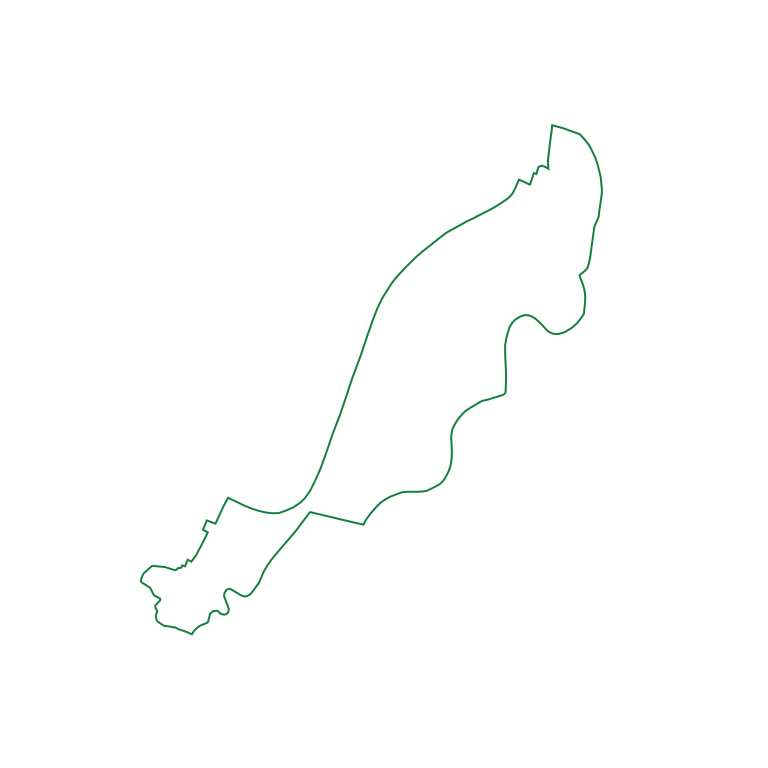 Hong Bang, Hải Phòng, Vietnam, rotated 289°
{"feature_id": "81297802B63499365755438", "entity_name": "Hong Bang", "entity_type": "district", "adm_level": 2, "iso_a3": "VNM", "parent_name": "Vietnam", "parent_adm1": "Hải Phòng", "projection": "mercator", "projection_center": [106.64, 20.876], "detail": "fine", "context": "isolated", "style": "outline", "palette": "green", "viewbox_px": 768, "rotation_deg": 289, "n_neighbors": 0, "source": "geoboundaries", "source_scale": "gbopen_adm2", "svg_char_len": 3254}
<svg xmlns="http://www.w3.org/2000/svg" viewBox="0 0 768 768"><g transform="rotate(289 384 384)"><path d="M515.6,550.1L521.7,548.7L530.0,546.6L531.7,545.9L533.3,545.3L538.0,543.0L542.9,539.6L547.7,535.5L550.5,533.4L554.9,536.2L558.5,538.1L560.5,538.6L564.8,538.5L571.4,537.6L586.7,534.5L588.4,534.2L601.4,531.7L611.9,532.5L618.0,531.2L623.2,530.2L634.3,528.1L636.1,527.6L637.2,527.3L639.5,526.4L649.2,522.0L650.4,521.4L651.4,520.8L661.8,514.0L666.8,510.1L673.6,503.4L676.6,500.1L680.8,493.5L681.6,492.0L683.9,487.9L684.2,469.8L683.4,458.8L677.8,460.1L665.7,462.5L656.0,464.7L649.0,466.2L648.0,466.5L646.8,466.9L641.0,469.3L641.7,466.4L641.9,462.2L641.1,461.4L640.1,460.0L639.4,459.4L632.2,459.6L632.2,457.1L620.0,457.1L621.2,445.0L613.5,444.5L606.2,443.6L603.3,442.4L602.2,442.0L599.2,440.3L593.0,435.7L587.1,430.9L581.2,425.5L577.8,422.2L572.3,416.9L570.4,415.2L565.1,409.7L547.8,394.1L540.7,389.3L521.3,376.9L514.2,372.8L510.1,370.8L503.3,367.4L495.4,363.8L489.1,361.0L481.4,358.4L464.7,354.4L464.4,354.4L453.4,353.1L440.9,352.6L430.4,352.6L428.0,352.5L427.2,352.5L402.5,352.7L378.7,352.1L355.8,352.4L338.9,352.4L320.1,351.7L301.0,351.8L282.9,351.5L269.3,350.3L258.7,348.8L250.6,346.5L246.7,344.6L245.3,343.9L243.5,342.7L237.8,338.3L232.5,332.7L227.7,326.6L225.4,320.3L224.0,313.9L223.3,306.9L223.1,300.1L223.6,290.9L225.7,273.7L216.6,272.1L197.1,270.1L197.3,260.9L187.3,260.3L186.3,265.7L175.1,264.3L160.6,262.0L153.3,259.7L153.9,255.6L146.8,255.2L146.9,252.3L144.2,252.0L142.9,249.2L140.7,248.1L139.9,247.1L139.6,236.7L136.8,224.7L136.2,223.8L126.9,218.5L125.0,218.2L123.2,217.9L119.3,218.0L118.3,218.3L117.6,219.2L115.2,229.0L114.1,230.5L110.2,234.2L109.3,235.6L108.4,241.8L107.8,242.6L106.4,242.7L100.3,239.9L99.1,240.1L97.9,240.9L95.6,243.4L94.3,243.7L91.1,243.5L87.4,245.3L86.2,246.7L85.4,248.4L84.1,253.0L83.8,255.3L85.1,261.2L85.1,263.1L85.8,264.9L85.7,266.7L85.3,269.5L85.3,278.5L84.8,283.8L88.8,284.8L92.5,286.6L95.7,288.8L100.3,294.3L101.9,295.1L110.2,294.4L111.6,295.1L113.6,296.4L115.2,299.9L115.2,301.1L113.7,303.6L113.6,305.5L113.8,307.9L115.0,309.8L116.8,310.9L119.0,310.9L121.2,310.2L131.4,301.8L134.4,301.2L137.4,301.8L139.1,303.0L140.1,304.6L140.1,306.2L137.8,316.8L137.5,319.5L138.0,322.0L139.2,324.0L141.4,325.8L144.4,327.1L155.3,330.5L167.6,331.4L174.6,332.8L182.6,335.2L192.3,338.9L216.5,348.5L238.3,355.5L238.9,356.1L239.0,357.4L241.8,386.1L244.3,410.4L249.2,411.0L257.1,413.4L267.0,417.5L271.0,419.6L275.7,423.2L279.4,426.5L284.7,432.8L287.5,436.3L289.1,439.7L292.8,450.0L294.0,453.3L295.4,456.5L297.1,459.3L300.4,462.8L307.1,469.1L310.7,471.1L314.1,472.2L319.1,473.1L323.7,473.6L329.2,473.4L334.8,472.4L341.0,470.6L356.0,464.7L359.9,463.8L363.6,463.4L368.2,463.9L374.8,465.4L381.6,468.0L385.8,470.4L389.5,473.3L396.3,479.0L398.4,480.9L399.9,482.2L403.2,487.5L412.5,500.2L414.4,501.4L416.4,501.5L432.1,496.6L452.6,488.5L460.5,485.8L467.2,484.8L473.1,484.4L478.9,484.2L481.4,484.8L483.9,485.4L486.8,486.7L490.4,489.3L492.7,491.5L494.5,493.9L495.5,496.1L495.9,498.0L496.1,500.0L495.8,502.5L495.3,505.1L492.7,511.8L487.5,521.1L486.9,523.5L486.7,525.7L486.6,527.6L487.2,530.1L488.2,532.8L490.4,536.1L492.4,538.5L499.1,543.9L504.9,547.0L508.7,548.3L513.2,549.6L515.6,550.1Z" fill="none" stroke="#15803d" stroke-width="2"/></g></svg>